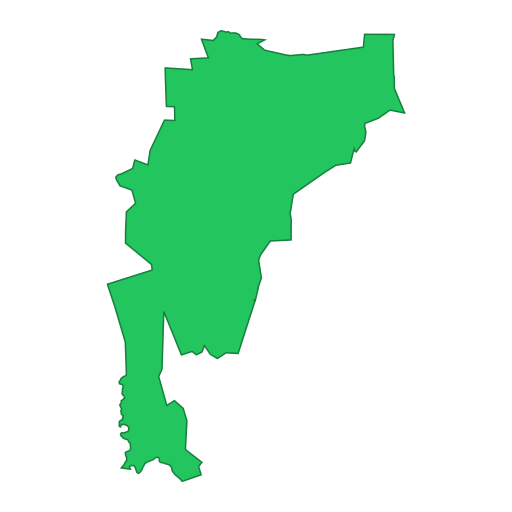 the district of Bacadéhuachi, Sonora, Mexico
{"feature_id": "50627088B33028528139861", "entity_name": "Bacadéhuachi", "entity_type": "district", "adm_level": 2, "iso_a3": "MEX", "parent_name": "Mexico", "parent_adm1": "Sonora", "projection": "robinson", "projection_center": [-109.205, 29.784], "detail": "fine", "context": "isolated", "style": "filled", "palette": "green", "viewbox_px": 512, "rotation_deg": 0, "n_neighbors": 0, "source": "geoboundaries", "source_scale": "gbopen_adm2", "svg_char_len": 5718}
<svg xmlns="http://www.w3.org/2000/svg" viewBox="0 0 512 512"><path d="M125.6,230.3L125.5,243.1L145.0,259.1L151.5,264.5L152.2,270.0L107.4,284.2L114.9,306.9L124.0,337.7L125.3,342.2L126.4,374.4L126.2,374.5L126.2,375.0L126.0,375.3L125.8,375.6L125.4,375.8L124.9,376.1L124.0,376.4L123.6,376.5L123.2,376.8L122.6,377.3L122.4,377.6L121.5,378.0L121.2,378.3L121.0,378.7L120.8,379.5L120.5,379.9L120.1,380.6L119.5,381.3L119.3,381.5L119.1,381.8L119.3,382.4L119.4,383.5L119.5,383.7L119.5,383.8L120.1,383.9L120.4,384.1L120.7,384.1L120.9,384.2L121.4,384.1L121.6,384.1L121.9,384.3L122.1,384.4L122.4,384.9L122.8,385.6L122.9,386.2L123.0,387.1L123.1,387.3L123.1,387.6L123.1,387.9L122.8,388.2L122.6,388.4L122.5,388.7L122.4,389.0L122.5,389.9L122.5,390.4L122.5,391.0L122.3,391.7L122.2,392.0L122.1,393.3L122.1,393.9L122.3,394.5L122.6,394.8L123.1,395.1L123.7,395.4L123.9,395.5L124.0,395.7L124.0,395.9L124.3,397.2L124.5,397.5L124.6,397.9L124.6,398.1L124.2,398.5L123.7,398.7L123.3,399.2L122.9,399.6L122.5,400.0L122.1,400.2L121.9,400.3L121.4,400.4L121.3,400.5L121.3,401.0L121.3,402.2L121.2,402.6L120.8,403.6L120.3,404.2L120.1,404.3L119.9,404.7L119.8,404.9L119.9,405.1L120.0,405.3L120.0,405.7L120.0,405.8L120.4,406.3L120.5,406.7L120.6,406.9L121.1,407.8L121.2,408.0L121.3,408.5L121.6,409.0L121.6,409.3L121.7,409.6L121.3,409.9L121.2,410.0L120.9,410.5L120.9,411.1L121.0,411.3L121.1,411.7L121.1,412.0L121.1,412.5L121.2,413.1L121.4,413.6L121.4,414.2L121.7,414.5L121.9,414.7L122.2,414.7L122.4,414.8L122.5,414.9L122.5,415.1L122.8,415.4L123.2,415.6L123.3,415.7L123.3,415.8L123.2,416.0L122.9,416.9L122.7,417.2L122.7,417.4L122.7,417.6L122.8,417.9L122.8,418.5L122.9,419.1L122.8,419.3L122.6,419.4L122.3,419.5L122.1,419.5L121.7,419.8L121.4,420.0L121.0,420.3L120.6,420.6L119.7,421.1L119.5,421.4L119.3,422.0L119.2,422.4L119.2,422.9L119.3,423.0L119.5,423.2L119.5,423.4L119.4,423.6L119.3,424.3L119.2,424.7L119.2,425.5L119.3,425.9L119.3,426.1L119.5,426.3L120.1,426.9L120.3,427.0L120.6,426.9L120.5,426.4L120.7,425.8L120.8,425.6L121.1,425.2L122.1,424.6L122.6,424.5L122.8,424.4L123.3,424.5L123.6,424.4L124.3,424.3L124.5,424.3L125.1,424.8L125.3,424.9L126.0,425.1L126.4,425.1L126.6,425.2L126.9,425.3L127.3,425.7L127.8,426.4L128.3,426.9L128.7,427.1L128.8,427.7L128.8,429.1L128.5,430.1L128.4,431.0L128.1,431.4L127.6,431.5L127.1,431.7L126.6,432.0L126.1,432.1L125.8,432.2L125.0,432.4L124.4,432.7L123.6,432.8L122.9,432.9L122.2,432.9L121.6,432.9L121.4,432.9L121.1,433.2L120.9,433.5L120.6,434.2L120.5,434.4L120.5,434.6L120.7,435.1L121.2,436.0L121.7,436.5L122.2,436.8L122.3,437.0L122.5,437.3L122.6,437.6L123.0,438.0L124.3,438.7L124.9,438.9L126.3,439.2L127.3,439.5L127.5,439.6L128.0,440.0L128.2,440.7L128.4,441.2L128.9,441.8L129.0,442.2L129.1,442.5L129.9,443.0L130.2,443.3L130.3,443.6L130.3,443.9L130.3,444.5L130.5,445.6L130.4,446.4L130.4,447.0L130.7,448.0L130.7,448.5L130.5,448.9L130.3,449.4L129.8,450.1L129.1,450.8L128.3,451.2L127.4,451.5L126.7,451.6L126.3,451.9L125.6,452.3L125.3,452.7L125.2,453.1L125.8,455.7L126.0,456.2L126.5,456.8L126.5,457.1L126.5,457.4L126.5,457.8L126.5,458.3L126.7,459.2L126.6,459.8L126.7,460.1L126.4,460.7L125.9,461.5L125.4,462.0L124.9,462.9L124.5,463.6L124.3,464.5L123.2,465.6L122.7,466.3L122.0,466.9L121.3,467.9L130.4,469.2L130.1,468.6L129.8,468.2L129.5,467.5L129.6,466.9L129.8,466.5L130.1,466.1L130.6,465.9L131.2,465.6L131.8,465.5L132.5,465.5L133.0,465.6L133.8,465.8L134.1,466.0L134.7,466.6L134.9,466.9L135.5,468.5L135.8,469.2L136.0,469.9L136.2,470.4L136.4,471.0L136.7,471.9L137.0,472.5L137.4,472.9L137.9,473.2L138.7,473.2L139.2,472.9L139.9,472.4L140.8,471.2L141.1,470.9L142.0,469.6L142.3,468.9L142.7,467.5L143.1,466.7L144.2,465.1L144.6,464.1L144.8,463.6L145.2,463.3L145.8,463.0L146.9,462.1L149.5,461.1L152.0,460.1L152.6,459.9L153.1,459.7L153.6,459.4L154.7,458.2L155.2,457.9L155.8,457.6L156.2,457.5L156.8,457.4L158.1,457.4L158.4,457.5L158.7,457.7L159.0,458.3L159.2,459.0L159.2,459.5L159.4,460.9L159.6,461.6L160.2,462.2L160.8,462.5L161.4,462.7L162.5,462.7L163.5,462.9L164.0,463.1L164.4,463.3L164.9,463.6L166.2,464.0L166.6,464.1L167.8,464.2L168.3,464.5L169.0,464.9L169.7,465.4L170.5,466.0L171.2,466.9L171.6,467.7L171.9,468.5L171.9,469.5L172.1,470.6L172.4,471.1L173.3,472.4L174.3,473.6L174.6,474.0L174.8,474.4L175.4,475.0L175.7,475.2L176.0,475.4L176.9,476.1L177.8,477.0L178.9,477.8L180.0,478.9L180.2,479.1L180.3,479.2L180.5,479.2L180.7,479.5L181.5,480.6L181.8,480.9L182.4,481.3L201.1,474.8L198.6,466.4L201.9,462.4L185.4,449.5L186.9,420.8L183.2,408.4L174.4,400.6L166.8,405.5L158.7,376.5L162.0,369.1L163.8,311.5L181.4,354.9L192.1,351.5L196.4,354.8L202.0,352.0L204.4,345.5L210.4,354.4L217.4,358.5L226.1,352.8L238.1,353.5L253.8,304.7L255.2,300.6L253.9,300.1L254.2,299.7L255.4,300.1L258.2,288.1L257.9,288.0L259.2,284.3L261.4,278.1L258.6,259.9L260.7,254.7L270.3,241.0L290.4,240.0L291.1,239.9L291.2,219.6L290.4,214.9L290.1,213.8L290.4,212.1L293.3,194.2L324.6,172.4L335.7,165.3L350.5,163.0L354.1,148.7L355.0,151.2L356.1,152.0L364.6,140.7L365.9,132.3L364.6,126.1L365.0,123.4L378.2,118.3L390.0,110.1L404.6,113.0L394.4,88.5L394.2,76.3L393.7,75.4L392.9,40.5L394.5,34.4L364.6,34.3L363.4,47.1L306.7,55.2L303.4,54.4L290.3,55.6L288.3,55.3L286.6,55.1L264.7,50.2L257.1,43.8L264.7,39.9L261.1,39.4L249.4,39.2L242.1,38.6L241.4,37.7L240.1,36.3L239.7,35.1L238.8,34.4L236.2,33.1L233.9,32.9L230.9,33.2L228.2,31.7L226.3,32.1L221.3,30.7L220.3,31.1L219.1,31.8L218.0,32.3L217.7,32.9L216.7,36.8L215.5,38.1L213.9,39.7L213.6,40.5L201.5,39.2L208.4,57.9L190.5,58.8L192.5,69.7L165.2,67.9L165.3,75.4L166.2,101.3L166.4,106.4L174.5,106.8L174.8,120.5L164.5,120.1L150.1,150.5L147.9,164.9L134.8,160.0L132.6,168.5L120.1,174.4L118.3,174.5L116.5,176.3L115.8,177.3L116.5,179.9L120.1,185.9L131.9,190.1L135.6,203.3L126.4,211.8L125.6,230.3Z" fill="#22c55e" stroke="#15803d" stroke-width="1.5"/></svg>